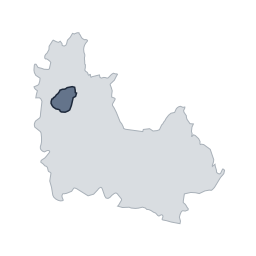 location of Kérouané within Guinea, rotated 188°
{"feature_id": "GIN-5642", "entity_name": "Kérouané", "entity_type": "Prefecture", "adm_level": 1, "iso_a3": "GIN", "parent_name": "Guinea", "parent_adm1": "", "projection": "natural_earth1", "projection_center": [-8.86, 9.325], "detail": "fine", "context": "in_parent", "style": "filled", "palette": "slate", "viewbox_px": 256, "rotation_deg": 188, "n_neighbors": 0, "source": "natural_earth", "source_scale": "10m", "svg_char_len": 4115}
<svg xmlns="http://www.w3.org/2000/svg" viewBox="0 0 256 256"><g transform="rotate(188 128 128)"><path d="M157.7,174.8L155.6,174.5L154.6,174.9L151.8,178.8L150.1,180.2L147.5,179.8L146.5,180.1L145.9,179.6L146.8,177.5L148.2,173.4L151.6,169.2L151.7,168.3L150.3,165.9L148.8,162.6L148.8,159.0L148.5,156.4L145.5,155.7L144.9,155.3L144.8,154.4L146.6,149.9L146.7,149.0L146.5,148.2L144.6,146.0L141.7,141.8L136.7,133.1L134.8,131.3L133.0,128.7L132.3,127.0L130.5,126.4L112.9,126.5L112.6,128.7L106.5,130.3L102.8,128.5L98.7,129.5L96.6,130.7L95.1,135.7L94.2,136.8L93.3,139.1L92.5,140.3L91.6,142.8L89.6,146.3L87.5,148.6L84.0,149.9L82.9,153.6L82.0,155.0L80.7,156.1L79.2,156.8L76.4,156.1L74.7,156.7L74.5,155.8L75.4,152.9L74.7,151.3L71.9,148.2L71.7,146.8L70.8,144.8L67.2,140.9L63.8,141.1L64.8,137.8L64.7,133.4L63.6,131.0L63.9,128.6L63.3,128.7L62.1,130.4L60.3,129.9L56.6,127.3L54.8,124.7L54.6,122.6L54.1,121.7L53.0,122.2L50.7,122.1L43.6,118.3L38.7,108.6L38.6,106.5L39.3,102.7L39.1,101.7L36.8,104.2L36.4,102.5L34.6,98.6L34.1,96.4L32.5,95.4L31.1,95.2L30.0,96.0L28.6,100.5L27.6,100.5L26.5,99.5L26.8,96.1L29.5,91.9L34.1,81.2L35.8,78.8L36.8,77.9L38.9,77.8L43.1,76.4L48.3,73.0L52.2,73.3L56.9,72.9L63.0,70.6L63.1,63.4L62.9,61.8L60.7,60.4L59.5,59.1L58.4,57.6L57.1,56.4L57.1,55.2L59.8,53.7L62.3,53.7L63.1,53.1L63.7,52.1L64.4,49.5L64.7,46.8L63.1,43.1L63.2,40.5L72.1,40.9L77.0,41.6L80.9,41.8L81.6,42.4L81.0,44.9L81.5,46.4L82.9,46.8L85.1,45.1L86.3,45.5L88.8,47.6L91.1,48.2L93.6,49.4L96.0,50.1L98.1,50.0L99.7,51.2L102.7,51.6L106.5,50.1L109.5,49.4L113.7,49.2L115.9,49.7L122.4,48.5L127.4,49.2L126.7,50.0L124.3,55.8L124.6,56.8L129.7,61.6L131.0,62.0L132.4,61.3L134.6,59.1L136.3,56.7L138.0,55.5L140.0,55.6L141.5,57.3L145.2,64.5L146.1,65.4L147.0,65.4L148.6,64.0L149.4,62.5L152.8,57.7L158.1,55.3L170.5,60.8L172.4,61.2L173.4,60.8L175.0,57.5L179.7,54.8L182.0,54.0L183.3,53.9L183.7,53.1L184.0,51.8L183.7,50.4L182.3,48.0L182.2,47.2L183.1,46.8L184.9,46.4L187.2,46.7L189.8,47.7L191.9,49.2L193.1,51.0L195.5,58.7L198.1,64.6L198.0,72.6L199.1,73.4L200.4,73.8L201.0,74.4L202.3,77.7L203.5,78.7L204.9,78.9L207.6,81.0L209.4,81.8L209.6,82.5L209.6,83.3L208.9,84.4L206.3,86.6L205.0,88.5L202.3,93.1L202.3,93.9L202.8,94.5L203.9,94.6L205.1,94.3L207.5,92.7L209.5,93.2L211.3,94.5L212.0,95.8L212.2,97.5L211.8,99.8L211.7,102.2L212.3,106.5L213.3,110.7L214.2,112.2L220.4,115.9L221.0,117.3L221.3,118.9L220.9,121.1L220.3,122.3L216.9,125.6L216.4,127.1L216.6,130.1L216.9,142.4L218.2,144.5L219.8,145.6L223.5,145.0L223.4,148.4L222.9,152.3L225.1,153.5L226.2,154.6L226.8,155.7L223.3,157.8L222.4,159.0L221.9,162.2L222.0,165.1L226.6,167.3L228.4,169.8L229.2,172.3L229.5,177.2L229.0,178.3L227.9,178.3L225.5,175.4L222.0,175.1L219.3,174.5L214.9,174.9L214.1,175.8L213.6,182.2L214.7,183.3L216.8,184.5L218.2,185.1L219.3,184.9L220.2,185.7L220.4,187.8L219.8,189.4L218.6,190.9L217.2,194.6L217.5,198.0L215.0,203.5L214.3,204.6L211.0,203.5L208.8,203.1L207.2,204.5L205.1,202.4L204.7,200.7L203.9,200.4L202.5,200.3L201.1,201.3L200.5,203.0L200.2,206.5L197.8,209.8L196.1,214.0L194.2,213.6L193.7,214.1L191.6,215.2L189.8,215.5L189.4,214.4L188.3,213.5L187.1,211.7L185.8,210.3L183.3,209.3L182.3,209.7L181.1,209.6L180.3,209.1L180.4,208.2L181.7,206.1L182.5,204.1L182.9,201.9L182.9,199.8L182.2,196.9L181.0,194.6L180.8,193.3L180.9,191.4L180.6,189.6L180.3,188.7L179.7,185.3L179.0,184.7L178.7,182.0L178.8,179.3L177.8,178.2L176.2,177.5L175.3,176.4L174.8,175.2L174.2,174.8L173.7,174.9L173.3,175.7L172.8,175.8L171.9,173.2L171.5,173.1L170.9,173.7L163.7,176.6L162.8,174.2L161.4,173.7L159.1,174.7L157.7,174.8Z" fill="#d9dde1" stroke="#a8b0b8" stroke-width="1"/><path d="M183.8,155.4L184.3,152.0L186.5,150.4L187.0,144.7L187.2,142.4L188.2,137.9L189.7,136.5L192.4,134.9L196.3,134.6L197.5,135.2L198.2,136.4L199.3,136.7L202.1,136.9L203.2,137.5L204.9,138.3L206.2,139.6L207.6,141.6L207.8,143.6L207.4,146.1L206.3,146.6L206.0,147.8L205.1,148.2L204.1,149.7L203.5,151.0L202.3,152.1L201.0,154.5L200.9,154.8L200.9,155.1L200.6,155.7L200.6,155.8L200.6,156.0L199.6,156.5L198.4,157.2L196.3,157.6L195.1,158.3L193.9,159.5L189.0,161.2L186.5,160.9L185.6,158.3L185.1,155.7L183.8,155.4Z" fill="#64748b" stroke="#1e293b" stroke-width="1.5"/></g></svg>